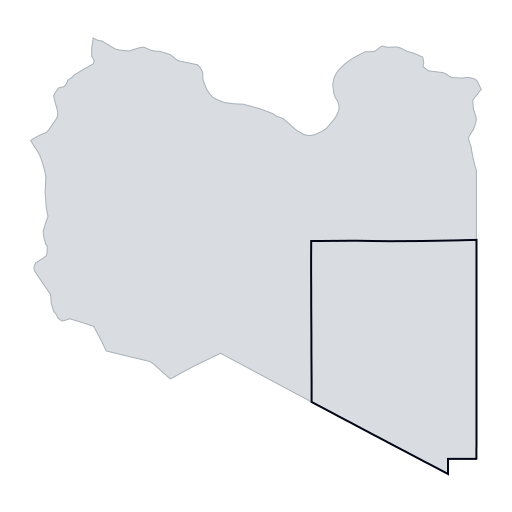 where Al Kufrah sits in Libya
{"feature_id": "LBY-2965", "entity_name": "Al Kufrah", "entity_type": "Municipality", "adm_level": 1, "iso_a3": "LBY", "parent_name": "Libya", "parent_adm1": "", "projection": "mercator", "projection_center": [22.731, 23.273], "detail": "fine", "context": "in_parent", "style": "outline", "palette": "ink", "viewbox_px": 512, "rotation_deg": 0, "n_neighbors": 0, "source": "natural_earth", "source_scale": "10m", "svg_char_len": 4499}
<svg xmlns="http://www.w3.org/2000/svg" viewBox="0 0 512 512"><path d="M36.7,136.8L40.0,135.0L44.9,133.1L47.4,131.6L48.4,130.3L52.0,125.2L53.9,122.4L56.5,118.5L57.6,115.8L57.7,113.3L57.3,110.2L55.3,103.0L53.6,95.9L54.9,93.1L55.9,91.8L58.2,88.5L59.0,87.8L63.9,86.8L65.8,84.6L67.3,81.8L67.7,80.3L69.8,78.8L72.3,77.2L73.8,75.2L78.9,72.1L83.6,69.3L89.0,66.3L93.1,64.0L94.0,62.0L94.0,60.3L91.7,56.3L91.7,51.6L91.8,47.7L92.1,45.4L93.1,38.9L93.1,38.0L97.5,40.2L101.9,41.0L115.2,49.0L119.4,50.0L128.7,51.0L139.6,47.7L143.7,47.1L150.9,50.2L154.1,51.0L159.4,51.3L168.5,54.0L170.9,55.0L176.2,59.4L178.7,60.8L197.6,64.8L200.2,67.5L202.8,72.6L202.9,78.9L204.3,83.5L206.7,89.4L209.5,93.6L212.6,97.1L216.2,99.3L224.5,102.5L233.8,103.8L243.2,104.2L259.4,108.6L273.1,113.7L276.4,116.2L283.3,118.7L296.9,130.6L304.5,134.8L309.9,135.6L314.6,134.8L323.1,130.7L326.6,128.2L335.2,117.9L338.0,112.5L339.1,108.7L338.8,104.8L337.7,101.3L335.3,97.6L333.7,92.8L332.7,84.1L334.0,78.0L335.7,74.3L338.2,70.6L345.3,63.5L352.4,58.4L365.0,51.8L372.3,51.7L375.3,51.0L381.3,46.3L383.7,46.2L387.1,47.3L397.0,47.0L401.4,48.3L406.6,51.2L413.1,53.0L417.7,54.8L422.7,57.1L423.8,62.9L423.3,64.6L423.1,66.8L428.3,70.8L442.8,72.6L445.7,73.7L449.7,76.7L452.2,77.6L462.2,78.1L468.0,77.4L473.5,78.5L475.6,79.5L477.7,81.9L480.3,87.6L481.3,89.5L480.2,90.4L478.6,92.4L477.6,94.2L475.0,97.1L472.8,100.2L473.0,104.7L473.5,109.3L475.0,113.7L476.3,118.7L475.9,122.0L474.8,125.9L473.5,129.3L469.2,136.1L468.6,137.7L468.8,140.0L471.4,148.1L471.6,150.6L473.2,158.4L474.6,164.7L476.2,169.7L476.4,171.1L476.4,178.4L476.4,185.7L476.4,193.0L476.4,200.2L476.4,207.5L476.4,214.7L476.4,221.9L476.4,229.1L476.4,236.3L476.4,243.5L476.4,250.6L476.4,257.8L476.4,264.9L476.4,272.0L476.4,279.1L476.4,286.2L476.4,293.3L476.4,300.3L476.4,307.4L476.4,314.4L476.4,321.5L476.4,328.5L476.4,335.5L476.4,342.4L476.4,349.4L476.4,356.4L476.4,363.3L476.4,370.3L476.4,377.2L476.4,384.1L476.4,391.0L476.4,397.9L476.4,413.2L476.4,428.4L476.4,443.5L476.4,458.7L476.2,458.8L469.0,458.9L462.0,458.9L455.0,458.9L448.0,458.9L448.0,462.6L448.0,466.4L448.0,470.2L448.0,473.9L434.4,466.8L420.7,459.6L407.1,452.5L393.5,445.3L379.9,438.1L366.2,430.9L352.6,423.7L339.0,416.5L325.4,409.3L311.7,402.0L298.1,394.8L284.5,387.5L270.8,380.2L257.2,372.9L243.6,365.6L230.0,358.3L220.6,353.2L210.4,358.2L202.4,362.0L192.0,367.1L179.9,373.7L170.7,378.8L170.2,378.7L169.8,378.6L160.2,370.0L152.7,363.3L149.4,361.4L135.2,358.0L121.1,354.6L106.3,351.0L103.6,345.5L100.6,339.3L96.5,331.6L94.1,326.9L93.2,326.2L81.9,322.5L69.9,318.8L62.8,321.0L61.6,320.8L59.6,319.4L57.6,317.5L56.6,314.9L53.7,311.3L51.1,303.1L50.9,296.6L50.4,294.3L44.1,285.1L38.4,276.7L34.6,271.1L33.9,268.6L34.4,265.4L35.9,262.6L41.4,259.3L46.3,255.7L47.0,253.2L47.3,246.3L45.7,244.1L44.5,240.0L43.3,234.4L43.2,230.9L45.4,223.7L48.0,216.3L46.3,208.0L45.1,191.3L45.9,178.1L45.2,173.3L44.8,171.2L43.1,165.0L41.0,158.5L40.1,156.2L37.4,151.0L33.0,144.5L30.7,140.5L33.9,138.4L36.7,136.8Z" fill="#d9dde1" stroke="#a8b0b8" stroke-width="1"/><path d="M448.0,474.0L444.5,472.1L441.0,470.3L437.5,468.4L434.0,466.6L430.5,464.7L426.9,462.9L423.4,461.1L419.9,459.2L416.4,457.4L412.9,455.5L409.4,453.7L405.9,451.8L402.4,450.0L398.8,448.1L395.3,446.3L391.8,444.4L388.3,442.6L384.8,440.7L381.3,438.9L377.8,437.0L374.2,435.2L370.7,433.3L367.2,431.4L363.7,429.6L360.2,427.7L356.7,425.9L353.2,424.0L349.7,422.1L346.1,420.3L342.6,418.4L339.1,416.6L335.6,414.7L332.1,412.8L328.6,411.0L325.1,409.1L321.5,407.2L318.0,405.4L314.5,403.5L311.6,402.0L311.6,399.6L311.6,399.2L311.6,398.9L311.6,398.6L311.6,398.3L311.6,397.9L311.6,397.6L311.6,397.3L311.6,397.0L311.6,381.7L311.5,366.4L311.4,351.0L311.4,335.5L311.3,320.0L311.2,304.4L311.2,288.8L311.1,273.1L311.1,257.1L311.2,241.0L320.8,241.0L330.5,240.9L342.9,240.8L355.3,240.7L372.4,241.0L389.5,241.2L406.1,241.1L422.7,241.0L439.4,240.7L456.0,240.4L466.5,240.1L476.5,239.9L476.5,245.9L476.5,252.1L476.5,261.4L476.5,270.7L476.5,279.9L476.5,289.1L476.5,298.3L476.5,307.4L476.5,316.6L476.5,325.7L476.5,334.8L476.5,343.9L476.5,352.9L476.5,362.0L476.5,371.0L476.5,380.0L476.5,389.0L476.5,397.9L476.5,401.8L476.5,405.6L476.5,409.4L476.5,413.2L476.5,417.0L476.5,420.8L476.5,424.6L476.5,428.4L476.5,432.2L476.5,436.0L476.5,439.8L476.5,443.6L476.5,446.4L476.4,449.3L476.4,452.2L476.4,455.1L476.4,458.5L476.4,458.8L476.2,458.9L473.2,458.9L469.1,458.9L465.6,458.9L462.1,458.9L458.3,458.9L455.0,458.9L452.6,458.9L448.0,458.9L448.0,462.6L448.0,466.4L448.0,470.2L448.0,474.0Z" fill="none" stroke="#020617" stroke-width="2"/></svg>